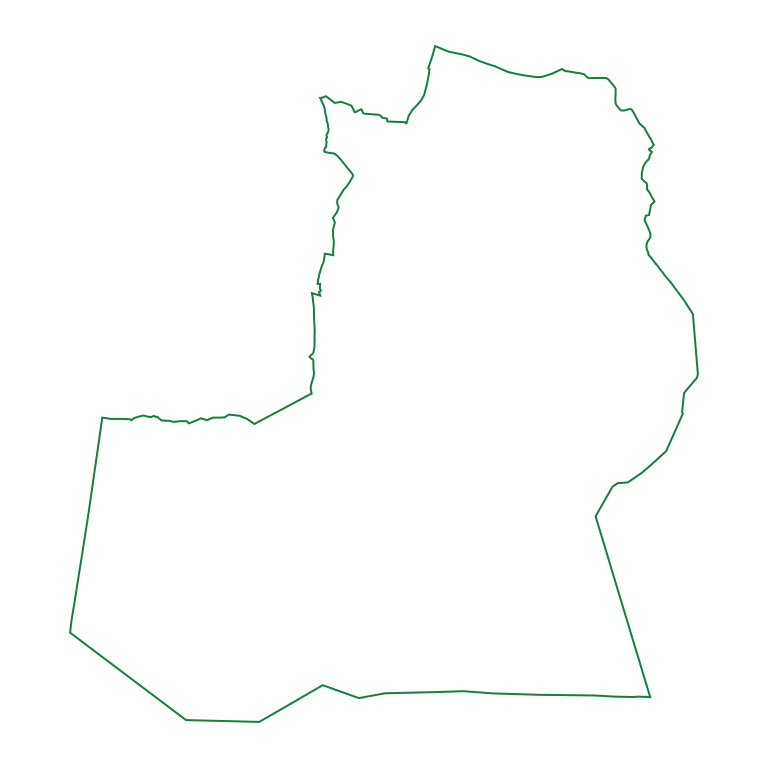 the district of San Jorge, Zacapa, Guatemala
{"feature_id": "79465075B24520983200883", "entity_name": "San Jorge", "entity_type": "district", "adm_level": 2, "iso_a3": "GTM", "parent_name": "Guatemala", "parent_adm1": "Zacapa", "projection": "natural_earth1", "projection_center": [-89.603, 14.916], "detail": "fine", "context": "isolated", "style": "outline", "palette": "green", "viewbox_px": 768, "rotation_deg": 0, "n_neighbors": 0, "source": "geoboundaries", "source_scale": "gbopen_adm2", "svg_char_len": 4903}
<svg xmlns="http://www.w3.org/2000/svg" viewBox="0 0 768 768"><path d="M650.2,697.2L595.6,516.3L612.5,486.7L617.6,483.2L627.8,482.4L641.6,473.0L651.4,464.6L666.2,451.1L682.8,413.7L682.1,412.2L684.1,392.9L696.9,377.8L697.9,374.4L692.9,314.1L683.1,298.9L676.0,289.6L670.3,281.7L666.9,278.0L665.0,275.8L662.9,272.6L661.0,270.4L659.5,268.5L657.4,265.5L655.2,263.1L651.2,257.8L648.4,254.7L648.4,253.0L647.7,251.4L647.0,249.7L646.4,247.4L646.5,245.4L646.9,243.2L647.6,241.5L649.0,239.5L650.4,237.0L650.4,233.5L647.6,226.6L644.5,220.0L645.9,215.7L649.0,215.0L649.7,211.5L651.1,204.8L654.5,201.5L651.9,197.1L649.7,192.8L646.9,189.1L647.2,186.2L646.7,183.2L644.9,181.9L643.4,180.6L641.7,178.6L641.8,173.3L643.2,166.9L645.1,163.4L646.6,161.3L648.5,159.5L649.4,157.6L649.9,154.9L652.0,152.1L651.5,151.4L650.3,150.9L649.4,150.1L648.4,148.7L648.9,149.0L650.0,148.5L651.1,147.9L651.7,147.4L652.8,146.3L653.8,144.6L653.2,143.8L652.4,142.4L650.8,139.1L649.3,136.9L648.3,135.0L646.0,131.0L644.5,127.9L643.2,126.9L641.3,125.0L639.5,123.6L637.8,120.5L633.7,112.7L631.8,109.7L630.5,109.0L628.5,109.3L626.3,110.0L624.0,110.5L621.7,110.5L620.2,109.8L616.4,105.2L615.6,103.3L615.4,101.2L615.4,97.3L615.6,93.6L615.6,88.6L614.8,87.2L611.9,83.5L607.9,79.0L605.8,78.0L600.7,77.9L592.4,78.1L589.1,78.1L588.0,77.8L587.1,77.2L584.2,74.3L579.9,73.2L576.4,72.8L573.6,72.3L569.3,71.5L567.8,71.4L566.6,71.2L565.6,71.1L565.0,70.9L564.2,70.6L563.7,70.2L563.2,69.8L562.0,69.0L551.7,73.8L543.4,76.5L540.6,77.0L537.3,77.2L531.4,76.4L524.2,75.4L516.9,74.0L508.0,72.0L494.6,66.1L488.0,64.1L478.7,60.8L469.5,56.4L462.1,54.4L448.5,51.6L435.1,46.1L432.3,56.3L428.2,68.3L429.5,69.1L428.6,75.7L427.0,84.0L424.1,95.1L421.3,100.2L418.9,103.0L415.8,106.4L412.1,110.3L410.8,112.6L408.9,115.4L406.5,123.2L405.9,123.4L405.7,123.0L405.4,122.7L405.3,122.4L404.9,122.2L404.1,122.1L402.5,122.1L398.5,121.9L394.6,121.8L391.9,121.7L390.4,121.6L388.9,121.6L387.7,121.5L387.3,121.2L387.2,120.8L387.2,120.0L387.1,119.0L386.9,118.7L386.5,118.5L384.7,118.2L382.7,117.9L382.2,117.6L381.1,116.3L380.4,115.6L379.3,115.1L377.8,114.6L374.7,114.5L369.2,114.0L366.2,113.8L365.2,113.7L364.1,113.6L363.4,113.3L363.0,112.8L362.6,111.8L361.9,110.2L361.5,109.6L361.2,109.3L357.7,111.0L356.3,111.8L355.8,112.1L355.2,112.3L354.7,112.2L352.5,107.8L351.5,105.8L350.9,105.4L347.6,104.2L345.6,103.4L342.6,102.3L341.5,102.0L340.7,101.9L339.7,102.0L338.8,102.2L337.9,102.4L336.4,102.7L335.4,102.9L334.9,102.9L334.7,102.9L334.3,102.7L331.1,100.2L328.6,98.2L327.5,97.4L326.3,96.5L325.8,96.3L324.9,96.6L322.9,97.5L321.2,97.8L320.1,97.9L321.8,101.3L323.8,105.8L324.5,107.9L324.9,110.2L325.2,112.9L325.9,115.3L326.6,118.4L326.6,120.6L327.8,124.0L328.1,126.9L328.6,129.4L328.3,131.5L327.4,133.5L326.7,134.3L326.5,135.3L326.7,136.3L327.1,137.3L326.3,138.5L326.1,139.0L326.1,140.0L326.6,142.0L326.2,144.7L326.3,146.7L325.1,147.7L324.5,149.3L324.2,150.6L324.5,151.8L328.3,152.7L334.2,153.5L335.8,154.6L337.0,155.5L340.6,159.4L347.2,167.6L352.5,174.2L353.0,175.7L352.5,177.2L351.3,179.1L349.5,182.4L346.6,186.5L343.6,189.8L338.9,197.5L337.4,200.0L337.1,203.2L338.7,207.5L338.0,209.3L336.8,212.4L333.7,216.8L332.9,217.8L333.6,219.4L334.9,222.5L333.0,229.6L333.1,236.5L333.6,239.3L333.8,241.7L333.8,243.5L333.7,245.1L333.5,247.8L333.1,250.9L333.3,255.2L324.8,253.6L324.6,256.0L324.2,258.9L324.0,260.5L323.6,261.9L322.9,263.8L322.1,265.3L321.5,266.9L320.6,270.0L320.2,271.6L319.8,272.8L319.4,273.8L318.6,278.1L318.1,279.3L318.0,281.0L317.6,283.9L320.2,283.9L319.9,286.7L319.9,288.6L320.8,290.4L320.3,291.4L319.1,292.0L319.2,292.8L319.8,294.1L320.2,295.6L311.9,293.2L312.6,297.0L313.3,302.8L313.8,306.7L314.0,311.6L314.0,316.4L314.7,329.9L314.6,334.5L314.5,335.3L314.6,335.9L314.6,336.8L314.5,337.6L314.6,338.8L314.6,340.8L314.5,342.8L314.5,345.1L314.5,346.8L314.3,347.9L314.0,349.5L313.5,352.0L313.2,353.0L312.6,353.8L312.0,354.4L311.2,355.0L310.4,355.6L309.5,356.9L310.6,357.8L311.2,358.6L312.0,358.9L312.8,359.3L313.2,360.2L313.4,361.2L313.4,364.0L313.5,366.1L313.5,367.6L313.6,369.6L313.9,371.7L314.1,373.2L313.9,374.1L313.4,377.3L313.0,378.0L312.9,378.5L312.7,379.7L312.5,380.2L312.1,381.3L310.9,385.7L310.6,387.6L310.9,390.0L311.3,391.9L311.6,393.7L311.0,393.8L254.4,424.0L247.1,418.9L239.6,415.8L228.9,414.6L224.5,417.4L219.7,417.6L213.1,417.6L206.9,420.2L200.8,418.3L197.3,420.0L188.9,423.4L187.0,421.3L181.0,421.1L173.8,421.9L169.2,420.8L164.5,420.6L161.3,420.4L157.3,416.8L155.5,416.9L153.9,415.8L151.0,417.2L147.9,416.7L146.2,416.2L143.4,415.5L138.0,416.8L133.6,418.3L132.5,419.6L131.4,420.2L130.5,419.3L123.8,418.9L111.7,419.0L102.3,417.6L88.6,512.7L81.6,557.8L80.2,566.2L74.1,604.9L71.7,619.0L70.1,632.7L186.1,720.1L259.2,721.9L278.9,710.6L322.7,685.2L358.9,698.1L384.9,693.3L434.9,692.1L463.3,691.2L492.9,693.4L539.3,694.8L595.2,695.5L614.0,696.6L627.9,696.9L631.6,697.0L634.5,696.9L639.4,696.6L644.3,696.9L647.3,696.9L650.2,697.2Z" fill="none" stroke="#15803d" stroke-width="2"/></svg>